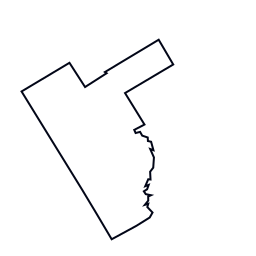 Jackson, Arkansas, United States of America (Natural Earth projection), rotated 148°
{"feature_id": "52423323B15986189273737", "entity_name": "Jackson", "entity_type": "district", "adm_level": 2, "iso_a3": "USA", "parent_name": "United States of America", "parent_adm1": "Arkansas", "projection": "natural_earth1", "projection_center": [-91.26, 35.622], "detail": "fine", "context": "isolated", "style": "outline", "palette": "ink", "viewbox_px": 256, "rotation_deg": 148, "n_neighbors": 0, "source": "geoboundaries", "source_scale": "gbopen_adm2", "svg_char_len": 668}
<svg xmlns="http://www.w3.org/2000/svg" viewBox="0 0 256 256"><g transform="rotate(148 128 128)"><path d="M199.1,185.9L199.6,99.9L200.1,71.1L200.8,42.3L172.8,40.6L157.0,40.6L152.0,43.3L153.5,50.7L151.0,53.0L154.4,53.9L149.3,55.7L147.2,59.2L144.1,58.8L148.0,62.5L148.1,65.9L144.3,65.9L140.6,68.8L144.2,69.5L138.0,73.8L136.2,72.4L132.4,79.2L127.6,81.0L121.6,89.3L120.3,98.4L118.2,95.7L115.7,104.1L118.0,106.4L116.3,109.5L120.0,114.0L119.8,118.3L124.2,119.7L123.7,123.1L112.2,122.2L112.1,139.3L112.0,159.2L56.0,157.9L55.2,186.6L117.9,187.7L117.1,185.8L142.7,185.5L143.1,214.3L198.9,215.4L199.0,201.0L199.1,185.9Z" fill="none" stroke="#020617" stroke-width="2"/></g></svg>